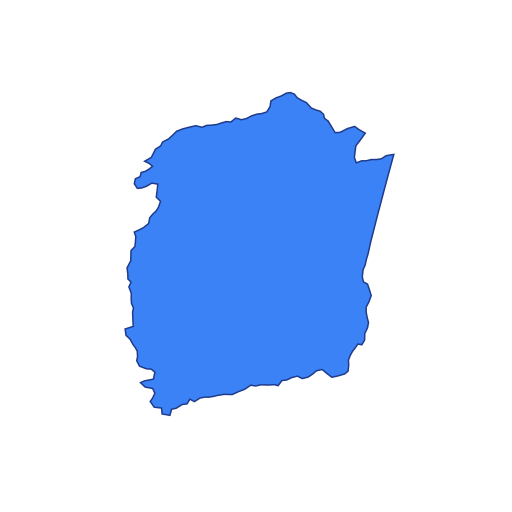 outline of Rinópolis, São Paulo, Brazil, rotated 234°
{"feature_id": "56859067B4040247009846", "entity_name": "Rinópolis", "entity_type": "district", "adm_level": 2, "iso_a3": "BRA", "parent_name": "Brazil", "parent_adm1": "São Paulo", "projection": "albers", "projection_center": [-50.712, -21.682], "detail": "fine", "context": "isolated", "style": "filled", "palette": "blue", "viewbox_px": 512, "rotation_deg": 234, "n_neighbors": 0, "source": "geoboundaries", "source_scale": "gbopen_adm2", "svg_char_len": 2425}
<svg xmlns="http://www.w3.org/2000/svg" viewBox="0 0 512 512"><g transform="rotate(234 256 256)"><path d="M398.1,221.6L393.7,224.0L389.4,225.0L389.2,220.5L389.5,216.3L391.1,212.2L388.3,208.9L389.4,203.8L385.9,200.0L380.4,199.8L378.3,203.4L376.8,208.2L376.2,214.5L371.9,218.8L367.3,214.7L362.2,209.9L356.3,210.9L352.6,205.4L351.1,201.5L350.5,196.8L349.4,192.5L345.4,188.2L345.1,181.6L346.0,176.0L346.9,171.6L342.4,170.2L338.5,166.9L334.9,163.7L333.8,158.0L325.8,151.9L322.2,144.7L317.1,141.9L312.7,138.9L308.3,139.5L305.7,135.0L299.0,133.1L294.5,129.7L290.8,127.4L286.0,126.3L283.0,123.1L275.8,118.3L271.2,115.3L273.9,107.2L268.2,104.2L262.7,105.2L257.1,104.5L253.0,104.5L248.8,104.0L244.2,101.0L241.4,97.9L235.3,97.0L229.2,101.0L226.1,104.7L221.4,105.9L216.7,100.6L220.6,92.2L221.4,88.1L215.1,89.3L209.6,94.5L204.5,93.6L201.8,88.8L200.5,84.9L193.5,84.8L188.5,90.2L183.4,87.2L177.7,92.7L181.7,97.7L179.8,101.7L179.2,109.1L176.9,113.3L179.0,118.4L174.4,120.6L174.0,127.2L172.0,131.5L169.5,134.9L167.4,139.0L165.9,142.8L162.8,148.9L157.9,155.3L156.5,162.3L154.8,168.5L154.6,175.7L151.0,179.4L148.9,184.3L144.3,190.2L141.3,195.0L138.1,197.7L140.0,203.7L137.7,207.9L136.5,213.8L134.5,218.9L129.7,221.3L127.4,227.0L127.2,232.7L127.6,237.4L125.3,242.8L119.0,244.4L113.3,246.1L110.5,252.6L108.4,258.6L108.8,262.9L113.4,267.0L117.5,269.6L120.0,273.5L122.0,277.7L123.4,282.3L124.9,286.7L122.0,289.4L124.1,294.4L129.4,298.5L132.3,303.9L135.9,307.8L141.4,310.0L145.7,312.1L149.8,315.0L152.6,320.5L156.2,325.9L161.3,327.7L167.7,329.7L171.8,327.7L176.6,329.7L181.9,334.5L184.7,339.2L188.6,343.6L192.0,348.1L199.5,356.5L218.9,379.9L222.7,384.6L236.6,401.6L257.2,427.2L260.7,420.2L260.9,414.6L263.1,410.4L266.3,405.9L268.2,401.2L270.9,397.4L272.4,391.9L277.9,393.5L282.1,397.4L286.5,401.6L287.8,406.2L289.3,411.0L291.2,416.6L297.7,413.6L302.8,412.0L305.3,405.1L306.6,396.7L309.3,392.5L322.6,393.7L327.2,392.3L330.9,393.9L335.5,393.0L339.2,390.1L343.3,387.7L350.6,386.9L354.8,384.6L359.7,382.4L364.4,382.2L368.0,379.9L369.9,376.3L370.6,370.6L372.2,365.0L372.7,359.2L368.7,355.3L366.2,349.5L367.9,344.3L370.2,340.2L371.9,335.2L372.8,329.2L374.8,324.3L379.5,320.7L379.2,314.3L382.2,311.0L383.9,306.4L385.2,302.1L388.0,296.9L390.7,292.8L391.9,288.0L396.8,283.9L399.5,277.6L401.9,271.5L403.6,265.1L402.9,260.8L402.1,254.2L403.1,247.4L401.1,243.6L401.5,237.4L397.3,229.3L398.1,221.6Z" fill="#3b82f6" stroke="#1e3a8a" stroke-width="1.5"/></g></svg>